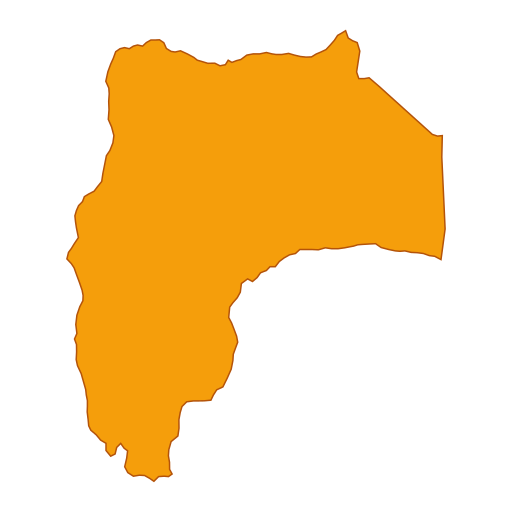 Poço Verde, Sergipe, Brazil
{"feature_id": "56859067B32075559146104", "entity_name": "Poço Verde", "entity_type": "district", "adm_level": 2, "iso_a3": "BRA", "parent_name": "Brazil", "parent_adm1": "Sergipe", "projection": "equal_earth", "projection_center": [-38.14, -10.822], "detail": "fine", "context": "isolated", "style": "filled", "palette": "amber", "viewbox_px": 512, "rotation_deg": 0, "n_neighbors": 0, "source": "geoboundaries", "source_scale": "gbopen_adm2", "svg_char_len": 2594}
<svg xmlns="http://www.w3.org/2000/svg" viewBox="0 0 512 512"><path d="M442.3,135.6L437.5,136.1L432.3,134.4L387.6,94.1L379.9,87.1L369.1,77.8L364.3,78.6L358.8,78.6L356.6,72.0L359.8,51.1L357.2,42.6L352.5,40.7L348.2,38.0L345.6,30.7L341.3,33.3L337.6,35.4L334.4,40.3L330.3,45.0L326.0,49.6L320.5,52.2L316.2,54.0L311.5,56.9L306.1,57.1L300.4,56.5L294.4,55.1L288.6,53.4L281.7,54.5L276.1,54.5L272.0,53.9L266.4,52.5L259.6,53.9L253.1,53.9L246.8,55.1L240.9,59.5L236.6,60.6L231.9,62.4L228.2,60.2L225.4,64.7L220.0,65.8L214.8,63.2L207.8,63.3L201.2,61.3L197.3,60.2L193.8,57.4L187.5,54.0L180.5,50.8L175.1,52.0L171.1,51.4L166.4,48.5L163.8,42.7L159.5,39.8L155.6,40.0L150.9,40.0L146.3,42.6L142.6,46.1L137.5,45.0L133.4,46.1L129.3,48.7L124.5,47.6L120.0,48.7L115.7,51.7L113.3,58.3L110.7,64.1L107.9,71.7L105.8,81.3L108.8,88.0L109.2,93.8L108.7,101.4L109.0,109.8L108.3,119.4L111.6,127.0L113.9,135.6L112.9,142.9L109.9,150.5L106.4,155.7L104.7,164.3L102.9,173.4L101.7,181.5L97.5,186.7L94.1,191.2L88.7,194.0L84.4,196.6L82.5,201.6L78.6,205.6L76.4,210.6L74.9,215.8L75.5,221.6L76.4,227.7L78.4,237.6L74.3,243.7L71.5,248.3L68.5,252.4L66.9,258.9L71.4,263.7L74.1,267.8L76.6,274.8L79.5,282.6L82.1,290.2L83.1,295.4L82.9,300.7L79.8,306.7L76.9,315.2L75.8,324.5L76.9,333.5L74.5,339.0L76.5,344.5L76.6,352.0L76.2,359.6L77.5,365.7L81.2,373.6L83.8,382.8L85.7,389.5L86.3,395.0L87.4,400.6L87.4,406.4L87.2,411.9L88.1,419.3L88.7,425.8L90.8,430.2L96.3,434.9L100.6,440.1L106.0,443.3L106.0,450.5L110.7,456.2L115.1,454.0L116.7,447.4L120.7,443.4L124.1,448.2L127.6,450.8L126.7,458.1L124.7,466.8L127.8,472.6L133.4,476.2L139.4,475.2L144.6,475.5L149.4,478.2L153.9,481.3L158.6,476.6L164.1,476.2L168.5,476.6L172.1,474.0L169.6,469.4L169.5,462.2L168.4,455.8L168.8,449.7L171.1,441.6L177.9,436.0L179.0,428.2L178.9,419.7L180.2,412.5L182.0,406.5L186.7,401.8L193.6,400.9L198.3,400.9L204.2,400.8L210.9,400.2L213.4,395.0L216.7,389.8L222.9,386.9L227.2,378.2L231.2,369.2L232.9,360.5L233.3,354.2L235.5,348.1L237.7,342.2L236.6,336.2L234.0,329.2L231.6,323.0L228.7,317.5L229.7,307.1L232.9,302.7L237.2,297.8L240.3,292.2L241.4,283.5L247.6,278.9L252.5,281.5L257.1,277.6L260.5,272.8L266.5,270.4L270.0,266.7L275.3,266.7L279.3,261.5L284.1,257.9L289.6,254.8L295.5,253.5L299.8,249.5L304.4,249.5L311.9,249.5L318.4,249.8L325.3,247.8L331.5,248.7L338.2,248.7L344.7,247.8L349.3,246.9L353.6,246.1L357.7,244.8L362.4,244.4L369.1,244.0L375.6,243.7L381.1,247.5L388.7,249.5L395.4,250.9L400.0,251.3L404.9,250.9L411.2,252.4L417.4,252.7L423.4,253.5L429.3,255.6L434.7,256.3L441.0,259.6L445.1,229.0L444.0,204.7L441.8,157.1L442.3,135.6Z" fill="#f59e0b" stroke="#b45309" stroke-width="1.5"/></svg>